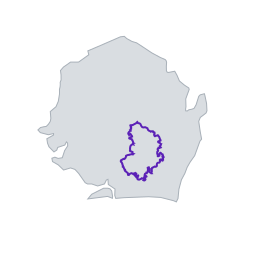 Bo, Southern, Sierra Leone shown in context, rotated 337°
{"feature_id": "65957751B93581480515289", "entity_name": "Bo", "entity_type": "district", "adm_level": 2, "iso_a3": "SLE", "parent_name": "Sierra Leone", "parent_adm1": "Southern", "projection": "mercator", "projection_center": [-11.769, 7.985], "detail": "fine", "context": "in_parent", "style": "outline", "palette": "violet", "viewbox_px": 256, "rotation_deg": 337, "n_neighbors": 0, "source": "geoboundaries", "source_scale": "gbopen_adm2", "svg_char_len": 7236}
<svg xmlns="http://www.w3.org/2000/svg" viewBox="0 0 256 256"><g transform="rotate(337 128 128)"><path d="M211.7,126.3L211.5,128.0L209.9,136.1L207.4,143.0L205.7,144.7L198.7,146.5L195.7,149.5L193.1,159.4L191.4,167.0L189.0,168.3L178.6,179.5L171.8,183.7L167.1,187.3L162.6,192.0L156.9,196.6L150.9,204.3L146.5,212.4L143.6,214.9L141.4,212.6L131.0,204.7L120.1,199.3L96.9,190.5L89.2,188.0L89.5,184.8L92.2,179.1L87.8,172.3L89.5,167.4L87.8,167.4L84.5,170.3L77.4,169.5L72.7,165.3L68.9,163.7L67.2,161.6L64.8,150.4L63.0,145.4L59.5,142.3L52.3,141.5L49.4,134.7L45.4,129.4L46.1,126.1L49.3,126.3L51.8,128.7L55.9,129.7L60.9,124.0L65.5,120.9L66.5,118.2L65.9,116.7L63.2,119.0L55.7,118.4L53.8,120.5L50.5,121.1L47.9,114.4L48.0,110.5L49.1,106.2L56.7,105.4L57.3,104.0L52.1,103.1L45.5,98.0L44.3,94.6L47.6,93.4L50.7,93.9L53.4,94.6L56.3,93.4L59.1,91.5L60.7,89.1L62.9,82.5L70.0,80.3L74.2,76.3L78.2,70.0L80.0,65.7L81.6,63.5L82.6,61.6L83.4,59.5L85.2,57.6L87.1,53.0L88.3,48.7L92.4,46.7L100.8,44.9L108.3,48.0L120.5,45.3L121.2,41.3L132.3,41.3L145.6,41.2L156.6,41.1L160.4,42.2L161.8,45.2L165.4,49.8L169.2,53.0L173.9,60.0L179.3,68.2L185.2,75.6L189.0,79.6L189.4,81.0L189.2,82.6L187.3,86.4L185.7,90.4L185.9,92.0L187.0,92.7L193.2,94.0L193.7,98.5L193.7,104.8L196.7,110.6L199.6,114.9L199.4,116.4L192.5,123.8L189.7,131.0L188.4,133.1L187.8,134.7L189.2,135.5L191.1,135.0L193.8,135.6L196.4,135.8L199.8,133.2L205.5,126.5L207.4,125.7L211.7,126.3ZM87.0,185.2L86.2,186.6L82.5,183.0L63.3,177.6L68.7,174.8L82.0,173.9L86.0,175.6L87.7,177.0L88.4,179.6L87.0,185.2Z" fill="#d9dde1" stroke="#a8b0b8" stroke-width="1"/><path d="M143.4,172.1L144.1,171.6L144.5,171.2L144.7,170.9L144.7,170.0L145.0,169.6L145.5,169.6L145.7,169.9L146.1,170.0L146.1,170.3L146.3,170.4L146.4,170.6L146.5,170.8L146.6,170.6L146.9,170.5L147.2,170.7L147.3,170.8L147.4,170.3L147.8,170.4L147.9,170.1L148.1,170.3L148.3,169.7L148.4,169.1L148.6,168.9L148.8,168.9L148.6,168.5L148.6,168.3L148.9,168.2L148.7,168.0L148.7,167.9L148.9,167.8L148.7,167.6L149.0,167.3L149.4,167.4L149.5,166.5L149.3,166.4L149.5,166.1L149.5,165.9L149.3,165.9L149.1,165.5L149.0,165.3L148.9,165.2L148.7,164.6L148.6,164.3L148.5,163.9L148.3,163.8L148.2,163.5L147.9,163.5L147.7,163.7L147.4,163.7L147.0,164.1L146.7,164.2L146.7,164.5L146.5,164.8L146.4,165.1L146.0,165.3L145.8,165.4L145.9,165.5L145.7,165.6L145.7,165.8L145.0,165.8L144.7,165.8L144.4,165.6L144.5,165.3L145.0,164.8L144.8,164.5L144.8,164.0L145.1,163.6L145.0,163.2L144.9,163.0L145.3,162.0L145.7,161.3L146.1,161.2L146.6,160.9L146.9,160.6L147.0,160.1L146.8,159.7L146.9,159.4L147.0,159.0L147.2,158.8L147.5,158.7L148.0,158.4L148.2,158.2L148.4,158.4L148.5,158.4L148.6,158.6L148.9,158.7L149.1,158.5L149.6,158.6L150.1,158.5L150.3,158.7L150.5,158.7L150.4,158.3L150.2,158.0L150.1,157.7L150.1,157.1L151.3,156.7L151.8,156.1L152.1,155.8L151.9,155.7L151.8,155.2L151.6,154.9L151.4,153.9L150.5,153.3L150.3,153.0L150.3,152.6L150.4,152.3L150.8,152.1L151.2,152.2L153.0,152.3L153.1,152.2L153.1,151.7L153.2,151.4L153.0,151.1L153.1,150.6L153.2,148.2L153.1,147.9L152.8,147.1L152.7,146.9L152.8,146.6L152.6,146.3L151.9,146.4L151.3,146.2L150.4,146.0L149.6,146.1L149.4,145.8L149.5,145.4L149.4,145.2L149.6,144.9L149.4,144.4L149.8,143.9L150.3,143.5L150.5,143.1L150.6,142.6L150.2,142.4L150.1,141.8L149.6,141.7L149.5,141.4L149.6,141.1L149.6,140.7L148.9,140.5L148.6,140.3L148.1,140.2L147.5,140.3L147.0,139.4L146.1,138.5L145.7,137.5L145.7,136.8L145.8,135.9L145.2,135.1L144.5,134.4L144.0,133.9L142.6,133.6L141.7,133.0L141.4,132.7L141.0,131.2L141.0,129.4L140.6,128.5L140.1,128.0L139.3,127.6L139.0,127.3L139.0,126.4L138.9,126.1L137.8,126.6L137.1,126.8L135.5,126.9L134.5,127.0L133.9,127.1L133.7,127.1L132.9,126.9L132.3,126.8L131.3,126.4L131.1,126.6L131.1,127.0L131.3,127.3L131.2,127.5L131.4,127.8L131.4,128.1L131.2,128.2L131.1,128.3L131.2,128.5L131.1,128.8L130.8,128.8L130.7,128.9L130.8,129.1L130.7,129.3L130.6,129.8L130.3,129.8L130.2,130.0L129.9,130.4L129.9,130.5L129.7,130.9L129.6,130.7L129.4,130.8L129.4,131.0L129.5,131.1L129.4,131.3L129.4,131.2L129.2,131.1L129.2,131.3L129.3,131.4L129.2,131.5L128.8,131.4L128.4,131.6L128.2,131.7L128.0,131.8L127.9,132.0L127.6,132.0L127.2,132.1L126.6,132.5L126.4,132.7L126.3,133.1L126.0,133.4L126.3,134.7L126.3,134.9L126.7,134.7L127.0,134.7L127.2,134.8L127.2,134.6L127.5,134.4L127.8,134.3L128.0,134.5L128.1,135.0L128.2,135.9L128.5,136.6L128.4,137.5L126.8,137.5L125.9,137.6L125.5,137.7L125.2,137.7L125.1,137.8L125.2,138.3L125.3,138.4L126.1,139.0L127.1,139.8L127.0,140.5L127.3,141.0L127.2,142.2L127.2,142.9L127.0,143.6L126.7,143.9L126.9,144.1L126.7,144.1L126.6,144.3L126.4,144.7L126.4,145.0L126.2,144.8L124.8,144.8L124.1,145.1L123.2,145.6L122.6,146.4L122.3,146.9L121.9,147.6L121.3,149.2L120.9,149.7L120.9,149.9L121.0,150.3L121.8,150.8L122.8,151.9L122.7,152.1L122.2,152.7L122.1,153.1L122.1,153.3L122.3,153.5L122.8,153.9L122.3,154.0L122.1,154.2L121.1,153.5L120.2,153.4L119.5,153.2L118.5,153.2L118.1,153.0L117.2,152.8L115.7,152.8L115.4,152.8L115.2,153.0L115.0,153.5L114.2,154.4L113.1,155.0L112.8,155.1L112.6,155.1L112.5,154.8L112.0,154.8L111.8,154.7L111.2,154.7L110.9,154.8L110.6,154.8L109.8,154.9L109.7,155.0L109.2,154.9L109.0,155.0L108.8,155.4L108.6,155.4L108.3,156.0L108.4,156.6L108.5,156.7L108.7,156.9L108.7,157.3L108.8,157.8L108.7,158.6L108.8,158.9L108.6,159.4L108.5,159.6L108.6,160.0L108.7,160.5L108.2,161.2L108.1,161.4L108.0,161.7L108.2,161.9L108.7,162.3L108.7,162.6L108.5,163.3L108.5,163.9L108.6,164.2L108.6,164.8L108.8,164.9L109.0,165.1L109.0,165.3L108.6,165.5L108.8,166.0L108.8,166.3L108.6,166.5L108.7,166.8L109.3,167.5L109.4,168.0L109.8,168.7L110.0,169.0L110.1,169.3L110.2,169.5L110.2,169.8L110.0,170.1L109.8,170.7L109.7,171.1L110.2,171.5L110.4,171.6L111.5,171.0L111.8,170.9L113.4,170.9L113.8,171.1L114.3,171.7L114.6,172.2L115.0,172.8L115.4,172.6L115.7,172.2L116.0,172.1L116.2,172.5L116.6,172.5L116.8,172.5L117.0,173.0L117.5,173.1L117.6,172.9L117.8,173.2L117.8,173.4L117.6,173.9L117.3,174.0L116.6,173.8L116.4,173.8L116.2,173.8L115.9,174.1L115.8,174.3L116.1,175.5L116.3,175.8L116.4,176.3L116.6,176.2L118.2,175.8L118.8,175.8L118.8,176.0L118.3,176.3L117.8,176.9L117.6,177.3L117.1,177.9L116.9,178.3L116.8,178.6L117.0,179.0L117.2,179.4L118.1,179.9L118.7,179.9L119.0,179.9L119.6,179.9L120.4,179.9L120.9,179.6L121.5,180.0L121.9,180.2L122.1,180.5L122.9,181.0L122.2,181.8L121.8,182.1L122.1,182.4L122.6,182.7L122.9,182.7L123.5,182.5L123.9,182.3L124.1,181.2L124.0,180.9L123.6,180.4L123.3,180.0L123.6,179.6L123.9,179.4L124.1,179.4L124.6,179.7L124.8,179.9L125.2,179.9L125.5,180.0L126.0,180.0L126.1,179.9L126.0,179.4L125.7,179.2L125.0,178.7L124.7,178.2L125.1,177.5L125.8,176.8L126.6,176.9L126.9,176.8L127.2,176.5L127.4,176.3L127.8,176.8L129.1,175.9L129.8,174.5L130.1,174.1L130.3,173.9L130.4,173.4L130.6,173.0L130.5,172.8L130.5,172.4L131.1,172.2L131.8,172.3L131.8,172.8L131.6,173.3L131.7,173.7L132.0,174.1L131.6,174.6L131.4,175.0L131.2,175.5L130.6,176.8L130.7,177.2L131.5,178.3L131.7,178.8L132.0,178.9L131.9,178.5L132.0,178.4L132.0,178.2L132.3,178.1L132.4,177.8L132.8,177.5L133.2,176.9L133.2,176.1L133.4,175.9L133.6,175.5L134.0,175.0L134.3,174.4L134.6,174.1L135.7,174.1L135.8,174.0L136.9,174.0L137.6,173.9L138.0,174.2L138.3,174.5L139.1,174.5L139.5,174.4L140.0,173.7L140.1,173.2L140.5,172.5L140.8,172.1L141.5,171.7L142.2,171.7L143.1,172.0L143.4,172.1Z" fill="none" stroke="#5b21b6" stroke-width="2"/></g></svg>